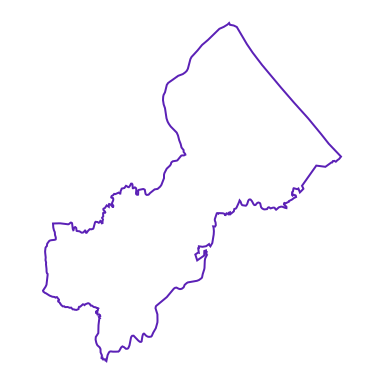 Trieu Phong, Quảng Trị, Vietnam (Equal Earth projection)
{"feature_id": "81297802B12813150904873", "entity_name": "Trieu Phong", "entity_type": "district", "adm_level": 2, "iso_a3": "VNM", "parent_name": "Vietnam", "parent_adm1": "Quảng Trị", "projection": "equal_earth", "projection_center": [107.119, 16.775], "detail": "fine", "context": "isolated", "style": "outline", "palette": "violet", "viewbox_px": 384, "rotation_deg": 0, "n_neighbors": 0, "source": "geoboundaries", "source_scale": "gbopen_adm2", "svg_char_len": 5962}
<svg xmlns="http://www.w3.org/2000/svg" viewBox="0 0 384 384"><path d="M43.0,290.6L43.3,291.6L45.0,292.9L46.0,293.3L49.6,295.6L52.3,296.7L54.7,297.0L55.4,297.6L56.9,297.1L59.0,299.7L59.0,300.1L58.2,300.7L58.2,301.5L59.8,302.7L60.0,303.5L60.5,303.8L61.0,304.8L62.8,306.4L64.2,306.3L65.2,307.1L67.6,307.0L69.8,307.8L71.1,307.6L72.7,309.3L73.8,309.3L74.7,309.7L76.5,309.9L78.5,309.1L78.8,307.3L79.1,306.8L80.2,306.7L82.9,304.3L83.8,304.5L84.5,305.1L85.5,304.2L88.1,303.2L89.6,303.8L90.8,305.6L91.7,305.5L93.8,307.0L95.7,307.3L96.7,308.0L97.6,308.0L98.3,308.4L98.0,308.8L97.9,310.1L97.6,310.5L96.6,311.0L96.6,311.8L96.8,312.4L96.0,312.2L96.0,312.9L96.8,313.5L97.4,312.8L97.4,313.8L97.6,314.6L99.2,314.5L99.5,315.3L100.0,315.2L100.3,316.2L99.7,316.8L98.9,317.0L99.2,317.7L99.8,318.3L99.3,318.6L98.9,321.8L98.5,325.2L98.3,333.1L95.8,337.0L95.6,339.6L96.3,342.8L97.0,344.6L97.5,345.4L99.7,347.4L100.5,349.1L100.6,352.4L101.9,355.3L101.5,358.1L101.8,358.3L102.2,357.6L102.5,357.6L102.6,358.9L103.1,359.5L103.6,359.1L105.2,359.5L105.4,360.5L105.6,360.6L105.9,360.0L106.0,360.6L106.4,361.0L107.6,355.1L108.9,352.5L109.6,351.7L110.8,351.4L113.2,351.7L118.4,351.6L119.3,350.8L121.1,347.5L122.4,346.4L124.1,347.2L125.8,348.7L127.0,348.8L128.0,348.4L128.5,347.7L129.5,345.3L131.0,337.6L131.5,336.5L132.2,335.8L133.6,335.7L138.3,340.6L139.7,341.7L140.4,341.9L141.2,341.8L141.6,341.4L142.4,336.3L143.0,334.3L143.6,333.7L144.2,333.7L146.2,335.8L147.6,336.6L149.0,336.9L151.1,336.6L151.8,335.9L153.2,332.7L155.8,328.2L157.4,322.5L157.5,320.6L157.4,314.3L155.5,308.2L155.8,306.6L156.2,305.9L166.8,297.1L173.9,288.6L175.1,287.8L176.5,287.6L178.6,288.7L180.0,289.1L181.7,288.8L183.6,287.4L184.7,284.8L186.8,283.0L187.9,282.4L197.0,280.8L199.0,280.0L201.6,278.1L202.1,277.2L202.7,274.2L204.3,269.1L204.5,267.7L204.8,260.5L205.2,258.4L206.9,255.0L206.3,254.7L206.5,252.8L205.9,252.8L206.6,251.8L206.2,251.5L205.4,252.2L205.3,251.4L206.1,251.1L206.0,250.4L204.3,251.0L204.2,255.5L197.2,260.4L195.3,254.5L198.2,252.5L198.8,252.7L198.2,248.3L198.9,248.2L198.9,246.3L202.5,246.8L206.1,246.2L209.0,244.1L209.4,245.1L210.4,246.3L212.3,243.0L213.7,234.5L213.9,231.2L213.6,227.7L213.2,226.4L215.1,226.5L215.8,225.2L215.6,222.7L215.2,221.4L214.9,220.8L214.8,219.2L216.8,213.3L217.6,213.1L218.4,213.7L218.9,213.1L223.0,213.3L224.5,213.9L225.0,214.4L225.0,215.0L225.6,215.1L226.5,213.4L227.0,213.7L227.6,213.6L228.4,214.4L228.8,214.3L229.1,214.0L228.9,212.7L229.9,212.3L229.9,213.0L230.3,214.2L233.8,211.4L234.3,209.0L235.7,208.6L236.5,207.7L239.0,202.2L239.6,200.4L240.5,201.5L241.4,204.0L241.9,204.8L242.4,205.2L245.6,205.7L246.2,205.5L247.2,204.0L248.3,200.6L249.0,199.7L249.9,199.4L250.6,199.6L251.9,201.1L253.5,204.1L254.3,205.0L254.9,205.1L255.6,204.9L257.0,203.2L257.8,202.7L258.6,202.5L259.9,203.1L260.3,203.8L260.9,206.5L261.2,207.3L262.0,208.3L263.5,209.2L264.7,209.4L267.0,209.1L267.9,207.7L268.7,207.3L269.2,207.4L270.6,208.4L272.8,207.7L273.9,207.6L274.6,207.8L275.8,209.6L276.2,209.7L278.9,207.3L281.2,206.6L282.5,206.8L285.0,207.8L286.4,208.1L286.5,207.1L286.3,206.6L284.0,204.5L283.9,204.1L284.2,203.1L284.6,202.9L285.6,203.3L288.9,201.7L288.9,201.1L291.9,199.6L294.0,198.0L296.1,197.0L295.8,195.7L295.5,195.3L294.3,195.1L293.6,194.6L292.6,195.6L292.0,194.9L292.1,192.2L292.9,191.7L293.5,188.4L293.8,188.2L297.2,189.2L298.4,188.5L299.9,192.4L301.4,190.9L303.4,188.8L303.3,188.4L302.0,185.8L316.3,165.6L325.4,166.8L331.5,162.4L332.3,162.4L332.9,161.1L334.5,160.9L335.7,161.7L336.2,161.5L337.0,160.5L339.2,158.9L341.0,156.6L328.7,143.7L321.3,134.3L308.1,118.3L293.9,102.5L281.0,87.6L262.0,64.9L252.7,52.7L246.8,44.0L236.8,27.0L233.7,25.5L230.0,24.8L229.1,23.0L227.6,24.5L223.7,26.9L219.4,28.8L208.0,39.9L202.0,45.0L197.5,50.5L191.5,57.0L190.4,59.1L187.9,68.7L186.8,70.8L185.2,72.4L182.8,74.1L178.2,75.8L168.2,82.9L166.8,84.9L165.0,92.3L163.6,94.9L163.2,96.7L163.0,100.1L163.7,104.5L165.0,108.2L166.5,118.3L167.6,121.6L168.8,123.8L170.7,126.5L176.7,132.6L178.0,135.5L179.2,140.2L180.7,144.1L181.5,147.5L183.6,150.1L183.6,151.9L185.2,154.0L185.4,154.7L184.0,155.4L182.0,155.4L181.2,155.7L177.6,160.1L176.9,160.6L172.8,161.3L171.6,162.2L171.2,162.8L170.9,164.1L170.1,165.5L166.7,168.7L164.4,173.2L164.0,174.8L164.0,178.2L161.4,184.9L160.2,186.6L157.6,188.9L154.6,189.4L150.0,193.1L148.9,194.4L148.1,194.8L146.7,194.9L145.8,194.3L145.5,193.7L144.8,189.8L144.5,189.5L143.2,189.0L138.8,189.9L138.4,190.2L138.2,190.9L138.1,194.5L137.9,194.8L136.7,194.6L136.2,194.1L136.0,193.2L136.3,190.3L136.1,188.3L135.0,187.4L134.6,187.4L133.7,188.2L132.8,188.2L132.4,184.3L131.8,183.6L131.0,183.7L129.9,185.9L128.8,187.2L127.9,187.0L126.5,186.0L126.0,185.8L124.4,188.0L121.7,188.6L121.0,190.4L120.7,190.9L120.3,193.6L119.9,193.6L118.7,192.6L115.4,194.1L114.2,193.9L113.1,195.2L111.7,196.0L111.2,197.2L111.5,197.7L113.0,198.1L113.3,199.1L113.1,200.6L112.0,203.1L112.2,204.0L113.3,205.8L113.2,206.8L113.1,207.0L112.7,207.0L110.4,204.4L109.1,204.0L108.9,204.3L108.8,206.8L106.7,205.4L105.0,207.9L103.5,208.7L103.3,209.1L103.5,210.0L104.9,211.5L105.3,212.4L105.0,212.8L103.4,212.8L103.1,213.1L103.2,216.5L102.1,217.7L102.2,218.2L102.7,218.8L103.0,219.7L102.6,220.5L102.5,223.1L101.8,223.3L100.9,221.2L100.4,220.9L99.5,222.3L98.8,222.8L97.4,222.0L95.6,221.8L95.0,222.5L93.5,228.1L93.2,228.7L91.6,229.3L89.7,229.2L88.1,230.8L86.6,232.8L86.1,232.8L85.8,232.4L85.6,231.2L85.4,230.7L85.1,230.5L83.3,232.4L82.0,232.7L81.5,232.6L79.5,231.3L76.9,231.0L76.6,230.8L76.5,230.2L76.2,228.0L75.3,227.1L74.6,227.3L73.8,228.6L73.6,230.0L73.3,230.2L72.8,229.1L72.1,223.5L71.9,223.0L71.1,222.6L70.7,222.6L69.0,224.0L68.2,224.3L60.0,223.3L53.0,223.5L53.3,227.6L53.9,230.1L54.8,232.2L55.0,234.9L55.8,237.5L55.8,238.9L55.7,239.4L54.8,239.8L51.3,240.2L50.0,240.5L49.1,241.1L47.2,243.7L46.8,246.2L46.1,246.8L45.5,247.8L45.1,251.3L45.2,253.0L45.7,257.4L45.5,260.1L46.1,262.5L46.0,264.4L46.5,268.9L46.6,271.9L47.0,273.3L47.6,273.9L47.6,275.1L46.5,284.7L45.6,286.7L43.0,290.6Z" fill="none" stroke="#5b21b6" stroke-width="2"/></svg>